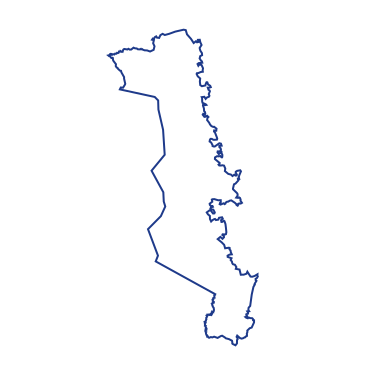 Wassa Amenfi West, Western, Ghana, rotated 161°
{"feature_id": "2480657B13145859726554", "entity_name": "Wassa Amenfi West", "entity_type": "district", "adm_level": 2, "iso_a3": "GHA", "parent_name": "Ghana", "parent_adm1": "Western", "projection": "natural_earth1", "projection_center": [-2.483, 5.745], "detail": "fine", "context": "isolated", "style": "outline", "palette": "blue", "viewbox_px": 384, "rotation_deg": 161, "n_neighbors": 0, "source": "geoboundaries", "source_scale": "gbopen_adm2", "svg_char_len": 6019}
<svg xmlns="http://www.w3.org/2000/svg" viewBox="0 0 384 384"><g transform="rotate(161 192 192)"><path d="M135.1,333.4L136.8,333.9L137.2,331.8L138.5,331.9L139.1,333.3L141.9,332.3L143.1,337.1L145.4,342.7L145.2,347.1L147.1,348.2L155.6,349.1L162.1,349.0L166.6,349.3L168.3,351.1L170.8,350.6L172.9,348.4L174.9,349.4L175.2,350.8L176.7,350.5L177.9,349.4L179.0,349.9L180.2,349.0L178.6,348.0L180.3,345.3L180.0,342.0L182.0,338.9L185.9,338.5L188.4,340.5L190.7,341.4L192.4,342.8L192.5,343.2L193.5,343.4L193.7,344.0L194.8,343.8L196.8,344.6L197.5,345.7L199.1,346.4L200.3,347.5L203.1,346.5L204.5,346.9L205.5,348.1L206.7,347.8L209.5,349.3L210.6,349.0L211.9,347.3L212.2,347.7L212.9,347.5L213.8,348.6L214.2,348.1L215.3,348.6L216.1,347.5L217.1,347.5L217.6,348.0L218.7,347.4L219.7,347.9L220.7,347.3L221.7,348.0L223.1,347.7L223.4,347.9L223.2,348.7L223.8,349.1L224.5,349.1L225.5,348.3L226.7,348.4L226.1,347.4L225.4,347.1L224.6,344.9L223.4,344.8L223.2,344.5L223.7,342.5L223.6,341.5L222.3,337.6L223.1,335.9L222.7,334.2L222.0,333.6L221.9,332.7L220.6,330.2L219.7,329.7L219.8,328.1L218.8,322.7L219.3,321.4L219.9,316.0L220.4,315.4L223.2,313.1L225.3,314.0L226.8,312.5L196.3,294.0L194.2,289.6L196.9,280.9L199.1,260.2L205.7,236.1L223.3,225.3L219.2,201.1L221.8,192.2L222.0,187.0L229.3,179.3L245.7,171.2L244.9,142.9L248.9,138.2L203.5,88.0L204.0,87.8L203.8,87.2L204.7,86.8L205.1,84.7L206.3,84.9L206.7,84.4L206.7,83.8L207.5,83.6L207.4,83.1L207.9,82.4L207.1,80.9L207.5,80.2L208.7,80.5L209.0,79.9L209.4,79.8L209.2,79.5L209.7,78.7L209.5,77.9L209.7,77.0L209.2,75.5L209.6,73.4L210.2,72.3L210.8,72.1L211.0,71.6L211.8,72.3L212.2,71.3L212.6,71.6L212.7,71.4L212.8,70.2L213.5,69.6L213.7,70.1L214.4,70.1L214.4,70.6L215.1,70.4L215.0,70.1L215.8,70.5L215.8,70.2L217.5,71.0L217.8,70.1L218.3,70.2L218.2,69.8L218.5,69.1L219.6,68.3L219.8,67.0L220.5,66.4L220.7,65.8L221.3,65.5L221.4,65.1L222.4,65.1L222.4,64.3L221.9,63.8L222.8,63.2L222.9,62.0L223.3,61.4L222.7,60.9L223.1,60.6L222.7,58.1L223.3,56.9L223.7,56.9L224.0,57.5L224.6,56.4L224.7,55.7L224.2,55.0L224.6,54.8L224.9,53.3L224.8,51.7L224.5,51.6L224.6,51.0L224.4,51.1L224.0,50.4L224.0,49.4L223.3,48.6L221.4,48.7L220.1,47.9L218.2,48.0L215.3,45.7L211.5,46.4L210.3,46.3L208.2,43.7L207.7,42.7L205.0,40.9L202.6,38.4L202.8,36.7L203.2,35.9L203.1,35.2L200.8,32.9L198.8,34.2L197.6,37.4L196.8,37.9L196.6,38.7L197.0,40.5L196.0,41.5L194.2,38.3L192.8,37.2L191.0,37.1L189.5,37.5L189.0,37.3L187.9,38.0L187.1,37.9L186.6,38.7L186.3,40.2L185.2,41.6L184.8,43.0L181.8,44.4L179.7,44.4L175.8,48.5L175.1,50.5L176.0,50.9L175.7,52.0L176.1,53.0L178.2,53.9L179.2,54.9L180.3,54.4L181.7,55.5L182.2,56.4L180.5,56.4L180.3,56.8L180.7,58.1L180.5,58.7L178.6,58.8L178.3,59.6L178.6,61.1L176.8,60.7L177.1,62.0L176.8,62.9L176.1,64.2L174.1,65.3L168.9,75.6L164.8,82.3L162.8,84.0L163.0,84.4L162.1,85.3L160.0,87.0L160.5,87.9L160.1,89.2L158.7,89.5L157.3,90.7L157.4,91.7L156.9,92.9L160.2,92.2L162.7,92.3L164.2,93.0L165.6,98.6L167.1,97.0L170.0,97.0L172.8,97.9L172.3,103.2L175.6,105.1L174.5,106.6L175.1,109.2L176.8,110.4L177.1,111.6L176.9,113.3L177.6,115.1L176.2,116.5L179.4,119.0L179.1,120.2L176.9,120.6L174.7,120.1L174.9,122.4L174.6,124.2L175.2,125.5L174.6,126.7L175.2,127.3L179.0,128.0L178.8,131.6L180.3,134.7L183.0,139.1L179.8,140.3L178.4,137.8L176.5,138.8L176.2,139.9L177.3,141.5L176.8,142.0L174.2,141.0L173.6,141.1L172.6,142.8L171.6,147.0L170.8,150.8L170.8,153.8L171.2,154.4L173.1,153.9L173.9,154.1L173.7,155.9L171.6,156.7L171.8,158.3L174.8,158.8L176.1,157.3L178.5,157.7L179.0,159.0L179.8,159.1L181.9,158.7L183.5,157.9L183.8,160.6L182.9,163.6L184.2,165.7L184.7,167.9L181.5,168.9L180.3,168.5L179.1,164.8L177.8,164.5L177.1,165.3L177.6,168.4L179.1,169.1L180.0,170.3L179.1,171.3L177.1,171.2L177.2,172.1L178.8,172.8L179.3,174.0L179.1,175.2L176.0,176.2L175.7,178.4L175.1,178.5L173.2,178.0L170.0,175.7L167.5,174.9L168.1,173.0L168.9,172.7L169.8,171.5L169.1,170.8L165.8,171.0L165.1,169.9L164.1,170.2L163.6,171.0L162.0,171.4L160.9,171.1L159.2,171.5L157.6,171.3L155.0,167.9L154.2,166.4L154.1,165.2L153.3,164.2L152.3,165.0L152.1,165.8L151.0,165.8L149.7,165.2L148.3,165.5L149.0,168.0L148.5,169.1L148.6,170.8L149.3,171.6L150.3,171.4L152.0,172.3L150.1,173.7L149.6,175.1L149.8,176.3L152.3,181.2L152.2,181.8L149.8,185.6L148.1,185.8L144.5,187.8L143.7,188.6L144.4,189.2L144.3,189.6L143.1,189.1L143.0,190.7L141.8,192.5L139.0,195.6L139.3,196.8L142.4,197.3L144.0,196.9L144.4,195.9L143.9,193.9L144.4,193.1L145.6,193.4L146.4,194.6L148.5,193.9L149.5,195.8L151.8,197.3L154.1,201.1L152.9,203.3L153.1,206.5L154.6,207.4L156.1,207.6L157.6,208.2L158.0,209.2L156.9,209.6L156.4,210.4L159.6,215.7L159.0,217.2L156.7,217.7L155.2,217.0L153.5,216.8L152.8,215.2L152.3,215.0L151.9,215.4L151.2,217.2L151.4,219.0L151.0,220.5L151.4,220.9L152.4,219.7L154.3,219.1L155.0,221.2L154.5,222.0L152.4,221.3L150.9,222.4L150.7,224.0L151.5,225.5L151.1,226.7L148.9,226.2L148.9,228.3L150.3,229.2L155.7,227.6L156.9,228.1L157.6,228.8L157.3,229.5L157.8,232.6L158.9,234.0L158.1,235.5L157.2,236.2L156.0,235.8L154.9,234.5L154.0,234.1L151.4,233.4L150.8,234.1L150.7,235.4L150.9,240.8L151.5,242.0L151.0,243.0L149.1,242.1L148.2,243.9L149.9,246.5L150.7,246.6L152.2,248.0L153.0,250.1L153.2,251.9L154.3,255.1L153.2,257.1L152.1,257.6L152.9,259.2L155.3,258.8L155.8,259.0L156.7,261.6L155.9,262.3L154.5,261.1L153.9,261.8L153.7,263.4L154.2,264.6L153.5,267.2L153.5,270.2L153.0,271.1L152.3,270.9L151.6,269.9L150.1,269.7L150.4,270.4L153.0,272.9L152.9,274.3L151.8,277.7L151.9,278.5L149.3,278.0L148.8,275.6L147.1,276.5L144.9,276.6L144.2,277.3L144.3,279.1L142.3,281.4L142.3,282.3L143.1,283.2L143.1,285.5L141.4,285.0L140.1,285.0L140.2,286.5L141.8,288.5L141.8,290.7L142.2,291.0L142.6,291.0L143.5,290.1L144.7,288.4L148.2,288.8L149.4,290.4L148.6,293.9L147.3,296.7L148.9,299.5L149.2,302.1L148.7,302.7L147.2,302.4L144.7,302.6L142.6,302.2L142.4,303.4L141.3,305.4L141.6,308.9L141.8,309.2L143.7,310.1L144.9,309.3L145.1,311.2L143.7,311.7L140.2,310.9L140.1,312.3L140.7,313.3L141.3,315.8L140.0,317.8L137.9,318.1L137.4,320.1L138.1,322.9L138.0,325.0L137.8,325.8L135.1,327.9L135.4,330.9L135.1,333.4Z" fill="none" stroke="#1e3a8a" stroke-width="2"/></g></svg>